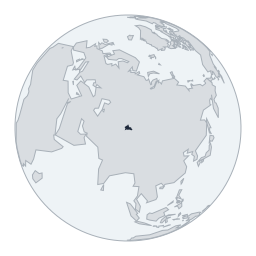 Chuy on an orthographic globe, rotated 33°
{"feature_id": "KGZ-1116", "entity_name": "Chuy", "entity_type": "Region", "adm_level": 1, "iso_a3": "KGZ", "parent_name": "Kyrgyzstan", "parent_adm1": "", "projection": "orthographic", "projection_center": [74.767, 42.563], "detail": "fine", "context": "on_globe", "style": "filled", "palette": "slate", "viewbox_px": 256, "rotation_deg": 33, "n_neighbors": 0, "source": "natural_earth", "source_scale": "10m", "svg_char_len": 11665}
<svg xmlns="http://www.w3.org/2000/svg" viewBox="0 0 256 256"><g transform="rotate(33 128 128)"><circle cx="128" cy="128" r="113" fill="#eef3f6" stroke="#a8b0b8"/><path d="M154.0,18.4L153.0,18.3L150.9,17.7L150.4,17.7L153.0,18.6L154.9,19.1L156.7,22.3L164.6,27.9L169.9,29.9L166.5,29.5L178.4,33.7L184.5,38.1L175.9,33.1L173.7,32.6L177.0,35.4L175.4,35.6L176.1,37.1L173.9,37.1L169.1,34.5L167.6,34.6L170.0,36.6L169.3,38.1L166.0,35.1L164.5,37.5L156.1,34.2L149.1,27.2L142.6,26.4L130.8,22.2L130.1,23.0L125.2,22.4L122.6,23.2L121.1,22.4L120.3,23.8L122.2,24.4L122.4,25.2L121.1,25.8L119.0,24.9L119.3,24.4L118.0,24.5L117.5,23.8L117.0,24.5L114.6,23.4L114.9,25.4L111.3,25.4L110.3,24.5L113.1,23.3L117.6,19.1L117.4,18.3L114.3,18.0L102.9,19.8L101.6,19.6L97.8,20.2L97.3,20.7L100.1,20.5L98.2,21.9L101.8,21.8L101.5,22.4L104.1,23.0L100.9,24.4L96.2,25.4L93.9,25.1L91.8,25.7L91.7,27.3L85.1,28.3L76.8,31.9L75.4,32.2L76.9,29.9L82.8,26.3L84.8,24.3L80.5,27.2L77.1,28.2L75.3,29.1L73.8,30.1L74.0,30.4L72.2,31.2L75.7,28.5L77.3,27.7L76.2,28.5L79.0,26.9L81.3,25.5L79.4,26.4L87.2,23.0L95.2,20.2L103.5,18.1L111.8,16.5L120.3,15.6L128.8,15.4L137.3,15.7L145.7,16.8L154.0,18.4ZM156.0,19.4L153.2,18.6L151.4,17.9L153.9,18.5L156.0,19.4ZM159.2,21.3L157.5,20.8L158.2,20.5L159.0,20.8L159.2,21.3ZM174.0,31.4L172.1,30.1L174.5,31.4L174.0,31.4ZM176.6,37.3L177.6,37.7L177.5,38.4L176.6,37.3ZM105.8,22.3L105.0,22.7L104.9,22.3L105.8,22.3ZM107.7,22.3L108.2,21.7L109.1,21.6L108.8,22.0L107.7,22.3ZM174.1,39.1L173.6,40.1L173.3,38.6L174.1,39.1ZM106.8,23.1L110.8,21.5L112.5,21.4L112.7,22.8L106.8,23.1ZM172.8,40.5L171.7,43.4L174.0,44.4L167.0,43.4L170.2,41.1L169.4,39.0L171.2,40.3L172.8,40.5ZM123.3,24.3L121.3,23.7L124.2,23.7L123.3,24.3ZM125.1,24.1L133.8,23.2L136.1,24.5L132.7,24.5L136.7,25.9L133.6,27.0L130.7,26.4L129.8,25.3L129.3,26.6L125.1,24.1ZM163.3,42.5L162.4,42.9L162.5,42.0L163.3,42.5ZM122.8,25.5L124.3,25.2L126.4,26.3L123.7,27.2L123.9,26.6L122.8,25.5ZM139.3,25.9L140.4,27.0L138.2,28.1L138.3,28.7L133.7,27.1L139.3,25.9ZM122.7,26.6L122.3,27.7L120.0,27.8L121.4,26.0L122.7,26.6ZM128.1,26.2L129.0,26.8L127.6,26.7L128.1,26.2ZM111.9,29.1L113.7,28.4L114.9,28.9L111.9,29.1ZM122.3,28.2L123.0,28.1L123.7,28.3L123.0,29.0L122.3,28.2ZM132.5,28.1L131.3,28.4L134.2,28.8L132.7,29.8L129.9,28.6L130.4,29.6L130.0,29.9L128.2,28.6L132.5,28.1ZM124.3,30.4L120.3,29.4L116.6,30.4L115.4,30.0L121.5,28.5L124.3,30.4ZM126.8,29.4L125.0,29.9L124.4,29.0L125.2,28.1L126.8,29.4ZM132.6,31.0L135.7,29.7L136.2,30.0L132.6,31.0ZM123.4,30.8L124.4,31.0L123.2,31.0L123.4,30.8ZM129.9,31.1L130.9,30.5L131.5,30.9L129.9,31.1ZM125.5,32.0L124.2,31.6L124.7,31.0L125.5,32.0ZM127.6,31.7L128.1,32.3L125.7,31.0L128.0,31.4L127.6,31.7ZM130.2,31.5L130.9,31.5L129.7,31.7L130.2,31.5ZM124.2,34.7L121.1,33.2L122.3,31.7L125.1,33.4L124.2,34.7ZM46.1,205.4L41.5,200.2L31.7,184.8L31.5,181.3L30.1,176.3L25.1,160.6L26.1,155.7L25.2,151.7L23.2,149.2L22.5,144.3L21.5,142.3L16.6,131.3L16.4,122.7L19.2,103.8L21.0,101.1L23.5,94.9L37.8,89.5L38.3,94.3L46.7,103.0L47.3,105.2L43.6,109.2L47.7,123.3L52.2,121.3L58.6,131.0L64.6,134.6L71.6,126.2L61.8,120.1L62.8,114.2L72.8,115.0L81.8,120.7L82.5,118.6L79.1,111.3L83.5,109.1L78.2,108.5L78.6,111.3L75.3,111.2L74.7,108.6L76.3,107.8L74.2,105.4L67.2,110.1L66.9,113.5L60.1,110.1L59.0,115.5L56.3,116.3L57.3,107.4L58.9,105.2L58.8,93.9L56.5,95.8L56.4,106.8L55.4,105.0L52.2,108.2L53.8,104.3L54.5,92.2L49.9,88.8L40.0,92.3L38.2,89.9L38.4,84.9L46.1,77.1L49.4,83.5L52.1,81.1L54.9,75.0L55.7,77.6L57.2,76.0L58.8,78.3L64.4,77.3L66.5,79.2L72.0,75.0L73.9,75.6L70.1,77.8L68.6,80.6L74.3,85.9L76.3,85.8L79.4,82.7L80.6,84.7L82.9,81.1L87.8,82.7L83.7,77.8L87.3,74.5L92.0,73.6L92.5,71.8L84.8,73.3L82.4,74.8L81.4,77.4L74.2,81.1L71.6,80.2L76.4,73.3L73.2,71.4L78.3,67.1L95.9,65.0L101.6,66.4L104.0,75.7L100.8,77.2L98.3,74.4L97.6,80.1L99.1,78.1L100.1,79.9L103.7,77.5L104.6,78.7L106.6,74.6L108.1,75.8L106.8,78.4L113.4,76.3L117.3,78.2L118.4,77.2L118.5,75.6L123.4,79.3L124.0,78.4L122.6,76.8L122.9,74.1L125.2,70.8L126.8,72.3L126.2,73.6L127.2,78.9L125.2,82.6L126.1,82.9L128.2,80.0L127.0,73.6L127.9,71.2L129.0,74.1L128.7,72.9L129.7,72.2L132.1,72.9L131.2,69.7L139.8,61.1L145.5,62.0L145.5,65.3L153.2,61.6L158.9,63.5L157.6,61.9L160.4,59.5L158.7,58.9L158.3,58.0L164.7,52.1L167.5,52.1L168.8,48.4L168.1,47.7L166.2,47.4L167.0,43.4L174.0,44.4L175.1,45.9L178.7,45.7L180.8,49.4L184.3,52.5L184.5,57.1L187.2,59.4L188.3,59.1L192.8,62.2L198.2,70.2L189.0,65.0L179.9,54.6L183.2,58.8L181.0,58.3L181.3,60.2L183.8,63.4L184.9,63.4L181.5,71.9L184.5,82.0L187.8,79.5L191.3,80.9L197.6,91.5L196.9,110.4L201.6,113.6L202.9,116.7L201.0,120.1L199.1,115.6L195.8,115.4L195.1,112.5L191.4,116.9L190.1,113.0L187.8,118.5L190.3,121.0L194.0,118.3L192.6,125.2L198.3,128.5L200.5,134.6L196.3,148.8L189.7,155.1L189.6,157.2L186.1,156.2L182.8,161.4L190.2,169.8L190.4,172.8L184.3,180.6L184.0,178.5L174.9,175.8L174.0,183.1L181.0,186.9L183.4,192.4L178.4,192.0L175.9,187.1L172.6,185.9L172.9,179.8L169.1,171.2L164.0,174.1L163.8,170.3L157.8,163.2L150.2,166.9L138.5,178.2L137.8,187.7L133.4,191.9L125.7,178.4L124.1,168.7L120.1,169.4L113.1,160.5L97.7,157.5L96.6,154.5L93.4,155.1L88.7,151.1L87.4,146.2L84.0,145.5L87.8,158.3L91.6,159.1L96.1,155.9L96.4,160.0L101.1,164.6L92.1,172.0L70.9,173.4L70.7,165.8L63.9,140.4L65.1,138.3L65.2,138.1L65.2,137.5L62.7,140.6L62.2,135.5L63.8,152.7L63.3,159.0L70.6,173.7L69.5,174.4L72.4,177.8L83.8,179.0L83.5,181.2L77.0,189.6L62.7,196.5L65.7,205.3L66.4,211.2L59.9,211.0L62.9,215.7L59.8,214.9L61.2,216.9L60.2,217.2L57.5,215.8L54.9,213.7L46.1,205.4ZM30.0,95.6L28.9,97.2L30.0,95.6ZM89.5,131.9L96.1,134.6L96.3,127.2L98.9,127.7L98.0,125.1L96.3,126.6L94.7,119.7L98.7,118.9L99.5,115.9L97.3,114.9L90.2,117.6L92.5,127.4L89.6,129.4L89.5,131.9ZM76.9,28.3L76.6,28.6L74.8,29.6L75.2,29.2L76.9,28.3ZM69.7,34.4L66.9,35.6L69.2,34.3L69.2,33.8L73.8,30.8L74.9,32.2L73.6,32.0L69.7,34.4ZM80.4,27.5L77.3,29.1L80.6,27.3L80.4,27.5ZM64.2,65.7L63.6,67.8L61.3,68.9L58.7,67.1L61.9,65.3L64.2,65.7ZM63.3,70.4L68.8,64.4L70.7,65.6L68.7,65.9L69.4,67.2L66.4,68.2L62.8,75.4L60.5,76.9L56.8,72.3L59.3,72.9L59.7,70.8L63.3,70.4ZM79.7,49.4L82.1,47.5L83.0,52.3L80.6,53.6L77.8,51.7L79.0,49.1L79.7,49.4ZM106.4,26.1L107.3,25.5L107.8,25.7L107.6,26.4L106.4,26.1ZM112.6,28.7L103.2,29.2L103.7,28.4L97.6,30.0L96.6,28.6L100.6,27.6L95.2,27.9L98.4,26.5L94.6,27.0L103.6,24.9L106.3,23.8L103.7,25.5L104.6,26.7L105.8,26.9L111.1,26.8L117.2,25.4L119.1,26.5L118.8,27.8L117.6,28.3L116.7,27.3L115.7,28.7L113.6,27.7L112.6,28.7ZM113.8,44.8L113.4,42.8L111.0,46.6L108.9,45.2L108.7,45.7L106.1,45.5L102.7,46.2L102.1,45.3L101.0,46.0L99.3,46.0L97.6,46.6L96.0,45.4L93.8,46.1L94.3,45.1L90.9,46.9L92.7,45.0L90.6,45.0L90.0,46.8L85.5,39.4L82.2,38.1L78.5,38.2L82.0,35.3L87.7,33.6L93.9,33.0L96.6,34.8L97.7,33.4L99.3,33.8L97.7,34.8L101.1,33.6L102.0,34.3L107.5,34.6L111.8,32.8L113.9,32.9L112.7,34.0L115.7,33.4L114.8,35.6L116.3,35.9L117.0,38.4L113.8,40.5L115.7,40.6L116.3,42.7L113.8,44.8ZM124.3,35.4L120.9,38.0L118.1,38.6L118.1,34.0L116.9,33.5L116.8,30.9L120.9,30.2L120.5,31.0L121.1,31.6L119.6,31.6L121.3,32.1L120.8,33.2L122.0,34.0L120.6,34.6L124.3,35.4ZM49.6,104.7L50.4,106.0L52.0,107.3L50.0,109.4L49.6,104.7ZM49.9,96.5L50.9,97.1L48.8,100.5L48.0,99.3L49.9,96.5ZM53.1,94.6L51.1,96.8L51.7,94.9L53.1,94.6ZM71.1,78.3L72.3,78.8L71.8,79.7L70.3,80.4L71.1,78.3ZM106.3,56.5L106.5,55.1L107.3,55.0L109.8,52.3L111.5,53.3L110.7,55.3L106.3,56.5ZM68.9,126.9L66.2,127.7L65.7,126.2L66.8,126.2L68.9,126.9ZM56.8,118.5L58.8,121.7L56.3,119.0L56.8,118.5ZM108.6,57.2L109.5,55.9L109.8,57.2L108.6,57.2ZM113.0,53.9L113.7,55.2L112.0,53.1L113.0,53.9ZM83.3,216.8L80.6,224.2L75.8,222.4L73.4,219.4L73.4,214.3L78.4,214.6L80.4,212.5L83.3,216.8ZM205.4,195.6L207.8,194.5L207.7,194.9L205.4,195.6ZM203.0,195.9L205.8,194.4L202.4,197.0L203.0,195.9ZM206.9,193.8L209.8,191.4L211.1,190.0L210.7,190.9L206.9,193.8ZM201.0,197.0L189.6,202.2L184.9,203.0L186.2,201.3L193.8,198.6L201.0,197.0ZM185.8,201.4L178.4,200.1L167.3,191.1L171.3,190.4L182.7,194.4L182.0,195.9L186.5,197.4L185.8,201.4ZM203.0,186.9L202.3,190.8L196.1,193.5L193.3,194.2L191.3,190.4L192.4,187.5L194.8,186.6L203.3,173.9L206.5,174.4L204.0,179.4L206.6,181.3L203.0,186.9ZM138.4,188.6L141.4,193.8L138.9,194.8L138.4,188.6ZM206.2,165.8L203.2,171.6L205.7,164.7L206.2,165.8ZM207.4,159.8L207.9,161.7L206.2,160.6L207.4,159.8ZM190.1,160.1L187.6,161.6L187.2,160.2L190.2,157.4L190.1,160.1ZM202.2,139.8L203.2,144.3L203.1,146.1L201.4,143.9L202.2,139.8ZM124.9,65.4L119.5,67.9L116.7,70.7L117.0,73.7L114.2,70.7L118.5,66.4L124.9,65.4ZM137.8,61.4L137.6,59.0L139.2,59.5L139.5,60.1L137.8,61.4ZM136.6,60.3L133.3,58.5L134.2,56.8L136.6,58.6L136.6,60.3ZM120.8,57.4L119.1,58.1L118.8,57.0L120.8,57.4ZM206.2,209.1L191.2,221.1L188.2,222.7L190.6,220.8L191.1,218.0L192.2,217.5L193.5,214.5L204.4,205.7L212.8,195.0L217.0,191.8L221.3,184.1L225.1,180.4L222.9,185.4L225.6,183.4L230.4,171.7L229.1,177.7L224.4,186.2L219.0,194.4L212.9,202.0L206.2,209.1ZM211.3,192.2L214.8,187.4L216.5,185.9L211.3,192.2ZM238.8,148.1L238.7,148.7L238.7,148.4L238.8,148.1ZM234.5,160.8L235.4,161.5L234.1,164.3L232.9,164.9L231.0,169.8L227.1,174.5L228.3,171.8L228.1,170.0L223.5,174.0L222.6,173.3L224.4,170.5L221.1,172.2L224.8,168.1L226.1,170.1L228.0,165.4L231.0,162.4L233.5,159.8L235.0,159.1L234.5,160.8ZM224.3,175.5L224.9,174.9L224.3,176.4L224.3,175.5ZM238.4,148.9L238.6,149.0L238.5,149.5L238.3,150.1L238.4,148.9ZM235.5,157.8L237.4,151.4L237.7,150.6L236.4,156.1L235.5,157.8ZM237.1,150.5L237.8,149.2L238.0,149.8L237.8,150.6L237.1,150.5ZM216.9,179.1L216.7,180.2L215.7,180.2L216.9,179.1ZM218.3,177.5L221.2,176.0L218.0,178.5L218.3,177.5ZM208.2,181.1L209.2,182.8L212.5,179.3L210.0,182.9L212.0,185.2L211.1,187.0L209.2,184.5L208.2,189.0L206.7,189.8L206.2,186.8L207.7,181.6L209.2,178.9L214.9,174.4L208.2,181.1ZM218.3,174.8L217.5,172.8L218.1,170.5L219.0,171.2L218.3,174.8ZM214.7,168.0L212.0,166.4L209.9,169.0L213.8,161.5L215.8,164.4L214.7,168.0ZM211.9,162.2L210.0,164.6L211.8,160.6L211.9,162.2ZM209.3,163.8L208.8,161.6L210.5,160.9L209.3,163.8ZM213.0,161.6L212.8,157.3L213.9,159.1L213.0,161.6ZM207.2,156.8L211.4,158.5L206.5,159.6L204.8,151.9L206.7,150.5L207.2,156.8ZM208.6,116.9L207.3,114.8L208.6,113.1L209.2,115.0L208.6,116.9ZM211.8,106.1L208.6,112.0L205.7,116.9L207.3,117.2L207.9,121.8L204.8,119.3L205.7,112.9L208.1,109.9L207.1,106.2L208.0,102.3L205.6,98.4L205.6,95.9L208.4,98.6L211.8,106.1ZM204.5,96.9L200.7,89.4L203.9,88.1L205.5,89.4L205.8,93.3L204.1,93.8L204.5,96.9ZM200.7,87.3L199.0,87.8L189.9,79.3L188.8,77.3L197.4,82.6L196.3,83.4L198.0,85.8L200.7,87.3ZM163.4,43.6L162.5,43.0L163.7,43.1L163.4,43.6ZM157.2,57.7L156.9,56.5L158.3,56.5L157.2,57.7ZM156.7,53.3L155.3,54.0L156.1,52.6L156.7,53.3ZM152.3,56.0L154.4,54.1L153.4,56.8L152.3,56.0Z" fill="#d9dde1" stroke="#a8b0b8" stroke-width="1"/><path d="M127.2,126.6L127.3,126.7L127.4,126.8L127.5,126.8L127.8,127.0L128.0,127.2L128.3,127.2L128.3,127.3L128.5,127.4L129.1,127.5L129.3,127.5L129.4,127.4L129.5,127.3L129.6,127.2L129.6,127.3L129.8,127.3L130.0,127.3L130.3,127.3L130.5,127.3L130.8,127.3L130.8,127.2L131.0,127.2L131.3,127.2L131.5,127.3L131.4,127.4L131.4,127.5L131.0,127.5L130.9,127.6L130.7,127.6L130.4,127.6L130.2,127.7L130.1,127.8L129.9,127.9L129.7,127.9L129.5,128.0L129.4,128.0L129.2,128.2L129.1,128.3L129.1,128.2L128.9,128.2L128.8,128.3L128.5,128.2L128.4,128.3L128.4,128.2L128.1,128.3L128.2,128.5L127.9,128.6L127.5,128.7L127.4,128.6L127.3,128.8L127.4,129.0L127.2,129.3L127.2,129.2L127.1,129.3L127.1,129.2L127.0,129.3L127.0,129.2L126.9,129.2L126.6,129.2L126.4,129.1L126.2,129.1L125.9,129.0L125.9,128.9L125.7,128.9L125.6,128.7L125.8,128.5L126.0,128.5L126.3,128.5L126.4,128.4L126.4,128.2L126.2,128.2L126.2,128.3L126.1,128.1L126.0,127.9L126.1,127.6L126.2,127.4L126.3,127.1L126.6,126.9L126.8,126.9L126.8,126.7L126.9,126.8L127.0,126.8L127.2,126.7L127.2,126.6ZM127.8,127.5L127.8,127.4L127.7,127.3L127.7,127.5L127.8,127.6L127.8,127.5Z" fill="#64748b" stroke="#1e293b" stroke-width="1.5"/></g></svg>